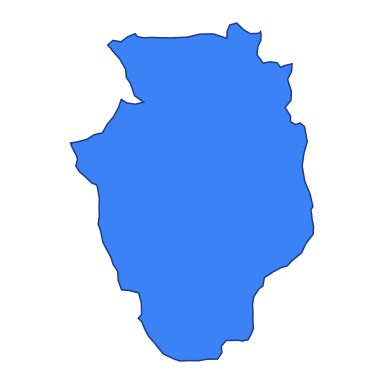 the district of Episkopi Pafou, Paphos, Cyprus
{"feature_id": "46923920B63549577577003", "entity_name": "Episkopi Pafou", "entity_type": "district", "adm_level": 2, "iso_a3": "CYP", "parent_name": "Cyprus", "parent_adm1": "Paphos", "projection": "natural_earth1", "projection_center": [32.53, 34.791], "detail": "fine", "context": "isolated", "style": "filled", "palette": "blue", "viewbox_px": 384, "rotation_deg": 0, "n_neighbors": 0, "source": "geoboundaries", "source_scale": "gbopen_adm2", "svg_char_len": 1740}
<svg xmlns="http://www.w3.org/2000/svg" viewBox="0 0 384 384"><path d="M135.2,33.7L127.5,36.9L121.1,41.8L112.9,40.4L107.6,45.2L110.4,47.8L112.3,50.7L119.7,59.0L125.6,69.0L126.3,77.4L130.3,83.1L134.6,95.7L143.6,102.2L135.3,104.2L126.7,102.9L121.3,99.4L118.4,107.7L113.2,117.2L107.4,124.0L102.5,132.8L94.1,134.7L86.8,139.4L76.9,142.0L70.5,143.0L72.2,147.5L76.6,155.9L77.5,159.3L75.8,165.9L79.5,171.9L84.5,176.0L91.5,182.8L96.9,185.1L98.2,191.4L99.3,198.5L99.1,207.7L99.3,216.0L98.2,224.1L100.5,230.5L102.9,242.2L105.8,247.9L110.8,257.1L113.2,264.5L117.8,271.4L118.2,280.4L121.6,289.8L129.2,290.5L138.6,292.9L141.3,302.6L141.4,305.1L141.6,314.6L138.2,318.2L141.9,321.9L144.9,329.3L148.7,336.4L154.6,343.1L163.2,353.9L173.1,358.6L180.0,361.0L188.8,360.6L198.8,360.7L207.1,359.2L212.5,359.1L217.5,359.1L221.9,352.7L221.3,346.3L226.1,340.5L231.6,340.4L238.1,340.3L242.6,341.0L248.1,339.8L251.4,333.6L252.9,329.6L253.4,328.5L252.8,319.6L253.0,312.7L252.5,304.7L253.7,297.0L258.8,288.9L262.8,286.1L264.4,277.5L273.7,271.6L281.5,267.4L287.1,266.0L291.6,261.1L301.6,252.8L305.7,243.9L313.1,234.2L313.5,226.1L312.0,219.0L311.6,214.2L310.8,209.9L312.9,206.6L310.1,194.1L308.4,190.0L307.1,187.1L304.6,180.6L303.1,171.5L302.1,166.0L304.1,152.6L307.2,141.8L306.2,135.8L304.5,126.5L300.2,123.0L295.7,124.6L290.5,121.7L290.5,115.8L289.4,114.2L285.1,107.5L290.9,100.5L291.4,91.5L287.6,79.6L291.6,71.1L292.0,63.8L283.9,65.8L280.4,67.3L277.2,62.7L270.0,61.8L263.1,63.1L257.0,54.6L257.9,46.5L260.8,40.3L261.0,34.2L260.5,31.6L258.8,33.3L250.2,33.7L243.1,29.3L236.8,23.0L229.8,24.9L227.1,31.3L226.9,38.3L213.2,33.9L200.0,34.1L187.1,37.2L170.8,37.9L158.6,37.7L151.6,37.4L144.0,37.9L137.3,36.6L135.2,33.7Z" fill="#3b82f6" stroke="#1e3a8a" stroke-width="1.5"/></svg>